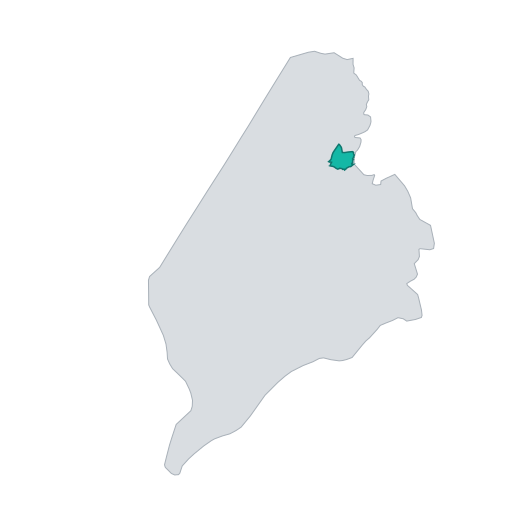 An Nabk, Rif Dimashq, Syria shown in context, rotated 155°
{"feature_id": "27442178B81131748986773", "entity_name": "An Nabk", "entity_type": "district", "adm_level": 2, "iso_a3": "SYR", "parent_name": "Syria", "parent_adm1": "Rif Dimashq", "projection": "albers", "projection_center": [36.664, 34.043], "detail": "fine", "context": "in_parent", "style": "filled", "palette": "teal", "viewbox_px": 512, "rotation_deg": 155, "n_neighbors": 0, "source": "geoboundaries", "source_scale": "gbopen_adm2", "svg_char_len": 3915}
<svg xmlns="http://www.w3.org/2000/svg" viewBox="0 0 512 512"><g transform="rotate(155 256 256)"><path d="M91.9,187.7L95.8,188.2L104.2,193.3L105.5,193.2L108.1,186.5L110.6,184.2L115.8,182.2L117.3,171.3L119.7,169.2L122.6,168.1L127.1,167.9L131.0,167.3L131.2,165.4L125.8,152.8L126.3,149.6L128.9,137.0L130.6,132.0L132.1,130.4L138.3,131.1L146.9,133.3L149.1,136.9L153.4,140.1L159.7,139.9L167.0,140.4L172.7,140.6L177.2,138.3L187.4,134.0L192.5,132.5L197.1,130.5L211.8,123.4L217.7,123.9L221.8,124.7L224.9,125.8L232.0,130.4L237.8,135.1L241.9,136.4L249.2,136.1L259.7,136.8L272.7,136.4L280.2,134.9L289.7,132.2L306.7,126.0L328.8,113.4L341.8,107.2L347.5,106.3L354.9,105.9L362.4,107.1L370.9,107.8L374.7,107.5L383.8,105.9L395.5,102.9L402.8,100.6L411.6,96.9L416.9,91.3L418.7,90.6L421.0,91.5L422.1,91.8L424.6,94.7L427.4,102.4L427.5,103.3L427.1,105.5L421.6,112.3L414.1,121.4L408.7,127.3L399.5,137.1L392.4,139.4L380.4,143.3L377.3,146.7L374.5,152.1L373.0,159.4L372.7,163.9L372.8,172.3L376.0,180.9L379.2,189.1L379.8,194.6L379.7,200.1L377.3,206.1L374.8,214.2L373.5,223.3L373.4,240.2L374.0,254.6L373.9,257.0L369.2,267.3L363.7,279.5L361.1,282.4L348.1,286.4L334.0,295.7L318.3,306.0L304.0,315.3L288.8,325.0L273.1,335.1L261.9,342.2L246.7,351.8L232.9,360.8L218.9,370.0L208.2,376.9L191.9,387.8L182.3,394.2L168.2,403.5L155.7,411.7L140.9,421.4L122.3,418.5L116.4,416.8L111.6,412.3L108.1,409.8L99.3,407.2L93.8,398.6L90.4,395.5L84.5,394.1L87.1,388.6L87.6,385.0L90.1,380.5L88.6,377.6L87.9,371.4L86.8,369.9L86.4,368.3L87.3,366.3L86.9,364.2L86.0,363.4L85.5,360.3L84.7,358.0L85.2,355.2L86.5,353.4L87.8,349.9L89.4,348.9L91.9,346.8L92.5,344.5L94.7,342.3L97.7,340.5L98.4,339.0L98.0,338.2L95.0,336.5L93.4,333.6L94.9,329.4L95.8,328.1L97.6,326.1L101.6,323.1L104.7,322.6L107.4,322.6L111.9,322.8L115.4,323.4L116.3,322.6L116.2,321.6L111.8,319.0L111.6,317.0L112.7,314.9L115.8,311.4L119.4,309.0L121.3,308.5L125.5,303.5L128.2,297.9L123.9,284.1L121.3,282.0L117.0,280.1L114.5,279.8L114.4,278.9L117.7,275.4L120.1,272.4L117.5,269.5L112.8,268.1L111.0,271.1L105.0,271.4L95.7,271.3L91.7,256.8L91.1,250.5L91.3,243.3L94.2,232.7L92.9,227.7L92.8,224.4L92.1,219.9L84.9,210.0L89.0,192.1L91.9,187.7Z" fill="#d9dde1" stroke="#a8b0b8" stroke-width="1"/><path d="M150.3,310.8L149.6,310.0L148.9,309.7L148.6,309.5L147.9,309.0L149.7,307.6L150.1,307.1L150.5,306.6L150.7,306.4L150.8,306.4L150.6,306.2L150.3,306.1L149.9,305.8L149.6,305.5L149.3,305.3L148.9,305.1L148.6,304.8L148.2,304.5L147.9,304.1L147.6,303.8L147.4,303.6L147.2,303.2L146.3,301.5L145.1,300.1L144.2,300.2L143.6,300.0L143.1,300.2L142.7,300.0L142.5,299.8L142.3,299.6L142.0,299.4L141.7,299.3L141.3,299.0L141.1,298.8L141.0,298.6L141.0,298.0L140.8,297.8L140.2,297.7L139.5,297.6L139.4,297.5L139.4,296.5L138.8,296.6L137.5,296.9L137.1,297.3L135.8,297.4L134.1,297.6L132.3,297.0L129.0,297.8L129.3,297.9L129.4,298.0L129.7,298.3L129.8,298.4L129.9,298.5L130.1,298.7L130.2,298.8L130.3,298.9L130.3,299.0L130.2,299.2L130.2,299.3L129.9,299.4L129.7,299.5L129.3,299.7L129.2,299.7L129.2,299.8L129.1,300.0L128.9,300.1L128.7,300.2L128.7,300.3L128.6,300.5L128.5,300.8L128.4,300.9L128.4,301.1L128.3,301.3L128.2,301.4L128.1,301.6L128.0,301.8L127.9,301.8L127.7,301.9L127.6,302.0L127.4,302.1L127.3,302.3L127.2,302.3L127.3,302.5L127.4,302.8L127.5,302.8L127.5,303.0L127.4,303.1L127.3,303.3L127.2,303.4L127.2,303.5L126.9,303.6L126.6,303.7L126.4,303.7L126.2,303.8L126.0,304.0L125.9,304.0L125.9,304.3L125.7,304.5L125.4,304.8L125.4,305.0L125.1,305.3L124.8,305.5L124.6,305.6L124.4,305.9L124.3,306.0L124.3,306.3L124.3,306.5L124.4,306.8L124.5,307.0L124.4,307.4L124.4,307.5L124.2,307.9L124.1,308.0L124.0,308.3L123.9,308.4L123.9,308.6L124.6,309.3L123.7,309.0L124.6,309.9L128.9,311.4L132.1,312.3L132.4,312.5L133.6,313.1L134.0,313.3L133.8,314.2L132.8,317.9L132.8,318.9L133.3,321.7L133.7,322.3L134.7,321.8L137.2,320.3L140.1,318.6L142.5,317.1L144.3,315.4L145.9,313.4L147.0,312.0L148.1,311.5L150.3,310.8Z" fill="#14b8a6" stroke="#0f766e" stroke-width="1.5"/></g></svg>